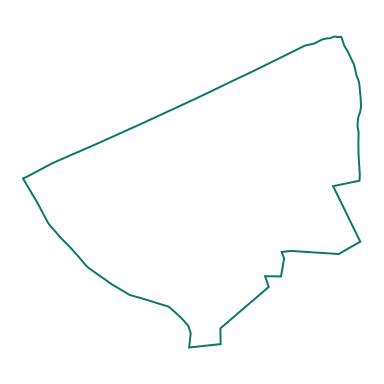 Umraniyya, Al Jizah, Egypt (Natural Earth projection)
{"feature_id": "37247803B30889137034133", "entity_name": "Umraniyya", "entity_type": "district", "adm_level": 2, "iso_a3": "EGY", "parent_name": "Egypt", "parent_adm1": "Al Jizah", "projection": "natural_earth1", "projection_center": [31.189, 29.993], "detail": "fine", "context": "isolated", "style": "outline", "palette": "teal", "viewbox_px": 384, "rotation_deg": 0, "n_neighbors": 0, "source": "geoboundaries", "source_scale": "gbopen_adm2", "svg_char_len": 1223}
<svg xmlns="http://www.w3.org/2000/svg" viewBox="0 0 384 384"><path d="M112.1,284.5L118.0,288.0L121.9,290.3L129.7,295.0L135.5,296.6L141.9,298.4L150.5,301.0L155.7,302.7L161.6,304.5L168.8,306.7L181.0,317.6L188.4,326.0L190.7,333.3L189.1,347.5L220.6,344.1L220.4,328.4L239.0,312.4L268.7,287.0L265.1,276.2L281.0,276.4L284.1,258.5L283.5,256.8L281.7,252.0L291.1,250.9L302.6,251.7L338.8,254.0L348.3,248.5L356.9,243.6L360.3,241.7L352.9,226.6L346.1,212.7L338.9,197.9L333.1,186.2L335.9,185.6L338.1,185.1L341.1,184.5L359.5,180.7L359.8,174.4L359.2,165.7L358.5,153.3L358.4,142.1L358.6,132.4L357.5,126.2L357.7,121.8L358.0,119.3L358.5,116.3L360.1,112.2L361.0,106.9L360.9,104.0L360.7,98.7L360.2,93.5L359.7,87.8L359.2,83.4L358.6,80.6L357.4,77.6L356.4,75.1L355.1,69.0L353.9,64.3L351.4,59.3L348.7,53.3L344.0,45.1L342.0,38.8L341.1,36.8L337.8,37.1L334.4,36.5L330.2,38.2L326.9,38.4L323.6,39.1L321.6,39.8L319.2,41.0L316.5,42.4L313.7,43.7L304.9,45.6L252.7,71.4L235.5,79.5L197.3,97.9L142.3,123.3L93.5,145.3L70.3,155.3L52.1,163.3L49.9,164.5L27.8,176.3L23.0,178.5L36.9,201.9L38.2,204.3L43.9,215.1L48.2,223.1L49.3,224.6L53.4,229.3L61.4,238.5L70.9,248.1L78.4,256.5L85.8,265.4L89.2,268.4L112.1,284.5Z" fill="none" stroke="#0f766e" stroke-width="2"/></svg>